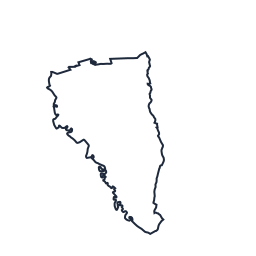 Cajicá, Cundinamarca, Colombia, rotated 136°
{"feature_id": "7082276B54625644795372", "entity_name": "Cajicá", "entity_type": "district", "adm_level": 2, "iso_a3": "COL", "parent_name": "Colombia", "parent_adm1": "Cundinamarca", "projection": "robinson", "projection_center": [-74.022, 4.935], "detail": "fine", "context": "isolated", "style": "outline", "palette": "slate", "viewbox_px": 256, "rotation_deg": 136, "n_neighbors": 0, "source": "geoboundaries", "source_scale": "gbopen_adm2", "svg_char_len": 5905}
<svg xmlns="http://www.w3.org/2000/svg" viewBox="0 0 256 256"><g transform="rotate(136 128 128)"><path d="M189.8,58.2L189.7,54.3L189.5,51.2L189.1,49.1L188.3,46.0L187.9,41.6L187.2,40.2L186.3,39.0L185.7,37.2L185.6,36.4L179.9,34.9L179.5,34.5L177.8,34.3L177.1,34.4L176.4,34.8L173.9,36.5L172.5,37.1L168.6,37.8L166.2,37.6L166.2,39.7L165.3,43.1L165.6,44.2L165.6,45.6L166.1,46.1L166.6,47.5L166.9,47.9L167.4,48.4L168.0,48.5L167.2,49.6L166.5,50.2L165.5,50.6L163.0,51.3L160.8,53.0L161.3,54.5L161.7,56.5L160.9,57.1L159.5,57.8L157.4,59.6L156.1,60.4L153.4,63.8L151.6,65.2L149.1,66.4L147.5,68.3L145.1,69.3L143.6,70.6L142.5,71.8L140.5,72.8L138.7,74.0L133.5,77.2L133.0,77.2L131.5,78.3L130.6,78.4L129.5,77.7L125.6,79.2L124.4,80.0L123.9,80.6L123.0,81.9L122.4,84.3L121.7,85.7L119.9,88.2L118.9,89.1L118.0,89.4L117.2,89.9L116.7,90.0L115.8,90.4L115.5,90.8L114.8,91.3L114.0,94.9L112.1,99.9L112.2,100.6L112.1,101.1L111.8,101.6L110.3,101.8L109.8,102.1L109.1,102.9L108.8,103.4L108.1,105.5L107.2,107.3L107.1,108.4L106.3,107.9L104.5,110.6L104.1,110.9L104.8,112.1L105.3,113.4L104.4,113.7L103.0,114.5L102.1,115.5L101.8,117.7L101.3,119.2L101.4,121.4L100.9,124.1L100.2,125.4L99.3,126.6L99.0,127.7L98.3,129.0L97.5,129.8L96.5,130.4L95.3,130.8L94.3,130.7L93.2,130.9L92.4,131.2L91.6,131.7L91.4,132.2L91.3,133.8L91.1,134.5L90.6,135.1L89.7,135.9L89.0,137.3L88.5,137.7L87.7,137.7L86.0,138.8L85.2,139.1L84.9,139.0L84.1,139.5L83.5,140.9L83.0,141.5L82.9,142.3L82.9,143.1L83.4,144.3L83.5,145.4L83.3,146.0L83.1,146.2L82.4,145.3L81.0,144.6L80.6,145.4L79.3,147.2L78.4,149.4L78.1,151.6L77.3,153.0L76.7,153.3L75.9,153.3L75.0,154.9L74.3,155.2L74.3,155.5L74.0,156.0L73.5,156.1L72.6,155.9L71.2,156.8L70.0,156.9L69.3,157.1L69.0,157.3L68.2,158.9L68.0,159.1L67.1,160.7L66.7,161.0L65.4,161.6L64.7,162.1L64.1,164.0L64.0,165.0L63.4,165.6L62.9,165.5L64.3,166.2L63.3,168.2L62.8,170.4L65.6,171.1L66.5,171.5L68.6,172.1L71.2,172.0L72.8,172.0L76.0,174.8L79.6,178.3L92.8,190.1L94.8,186.0L95.3,186.0L95.9,186.3L97.3,187.6L98.2,188.6L101.5,191.4L103.0,193.0L105.6,194.7L106.3,195.3L107.8,196.2L107.8,196.5L108.3,197.6L108.3,197.8L107.3,197.4L105.8,197.4L105.6,197.5L105.5,197.8L105.7,198.5L106.0,198.7L106.1,199.6L106.3,200.0L106.6,200.1L106.9,200.1L107.5,198.6L108.3,198.4L108.7,198.6L108.5,199.6L109.4,200.1L109.4,200.5L109.1,200.8L107.9,200.0L107.5,200.2L107.6,200.8L108.4,201.7L108.3,202.0L107.7,202.2L106.8,202.1L106.5,202.3L106.4,202.8L106.8,203.1L107.0,204.1L107.5,204.2L108.7,204.8L118.0,209.7L119.2,206.9L122.0,208.4L121.9,208.8L122.7,209.2L123.1,208.7L123.6,208.8L127.9,212.9L128.6,212.9L129.0,209.9L129.4,210.1L140.6,215.7L141.4,216.2L143.4,220.8L144.3,221.7L145.3,220.4L146.4,219.5L147.4,218.9L149.4,218.8L150.8,218.2L151.7,217.4L152.5,216.5L154.4,213.7L154.7,212.6L155.6,212.6L157.4,213.3L158.1,213.3L158.2,212.9L158.3,212.4L157.3,209.2L157.2,207.5L157.3,206.4L158.1,202.4L158.1,200.5L158.2,199.8L158.8,199.3L161.0,198.7L162.7,197.5L164.5,197.0L164.9,196.7L165.1,196.4L165.0,195.8L163.7,193.9L163.7,193.4L164.2,192.7L164.4,192.7L164.7,193.1L166.1,195.4L166.2,195.5L166.5,195.4L167.1,194.0L170.0,189.9L170.6,188.5L170.6,187.2L169.1,186.5L168.9,186.0L169.1,185.8L169.9,185.6L172.0,185.5L173.5,185.2L174.2,185.3L175.4,186.0L176.0,185.9L176.5,185.5L177.2,184.7L179.0,181.3L179.8,178.0L179.8,177.3L179.6,177.1L177.5,176.6L177.1,176.7L176.1,177.5L175.8,177.5L175.5,176.9L175.5,174.4L175.3,173.9L174.7,173.1L173.5,172.1L170.9,171.9L170.5,171.6L170.6,171.0L171.3,170.6L173.0,170.4L173.5,170.2L173.7,169.9L173.6,169.0L172.8,167.9L171.7,166.9L171.3,166.8L169.8,167.1L169.2,167.1L169.0,166.3L169.2,165.8L170.4,164.8L171.2,164.6L172.0,164.8L173.8,166.0L174.8,166.4L175.6,166.3L176.0,165.6L176.0,163.7L175.6,162.5L175.6,161.1L175.1,158.7L174.9,156.3L175.1,153.2L174.8,152.5L174.4,152.2L173.2,151.6L172.4,151.3L168.3,150.5L167.9,150.3L167.8,150.0L167.7,149.3L168.1,143.5L168.3,142.8L168.7,142.3L171.4,141.0L173.1,139.6L174.0,138.9L175.7,137.9L177.5,137.1L178.1,136.5L178.4,135.7L178.4,135.1L177.9,134.7L175.0,132.8L173.8,132.8L172.7,133.2L172.3,133.0L172.2,132.4L172.3,131.8L172.7,131.1L173.2,130.7L174.0,130.6L175.0,131.1L174.9,128.9L175.1,126.2L174.9,125.2L173.9,123.1L173.7,122.0L173.2,121.0L172.8,119.9L172.0,118.2L171.7,117.3L171.7,116.6L172.0,115.8L172.8,114.5L173.0,114.4L173.5,114.4L174.0,114.6L174.3,115.0L175.1,116.1L175.3,116.9L175.3,117.7L174.9,118.9L175.1,119.5L175.5,120.1L176.3,120.0L177.6,118.4L178.1,117.2L178.1,116.4L175.9,114.1L175.4,113.9L173.7,113.5L173.5,113.2L173.5,112.9L173.8,112.1L174.4,111.3L174.9,111.1L176.2,111.0L176.8,111.3L177.3,111.7L178.5,113.7L179.1,114.0L179.7,113.7L180.3,113.0L180.9,112.2L181.3,111.4L181.0,110.3L180.5,110.1L178.5,111.4L177.9,111.5L177.7,111.3L177.7,110.4L178.1,109.6L178.1,108.4L179.3,108.5L180.0,107.6L180.7,107.5L182.0,107.7L182.3,107.3L181.8,105.6L182.3,103.5L182.1,103.2L181.1,103.0L180.9,102.7L181.1,102.1L181.7,101.8L182.2,101.1L182.2,99.8L181.7,98.3L181.8,96.6L181.5,96.1L181.3,96.0L180.0,96.5L179.5,96.5L179.4,96.3L179.2,95.6L179.1,93.7L180.0,93.9L180.4,93.8L180.6,93.4L180.7,92.0L181.1,91.6L181.4,91.5L181.9,91.6L182.9,92.2L183.5,92.2L183.8,91.6L183.9,87.1L184.1,86.5L184.5,86.2L184.9,86.3L185.8,88.0L186.0,88.1L186.4,88.0L187.0,87.4L187.7,87.0L187.9,86.6L187.9,86.2L186.8,85.1L186.7,84.8L186.8,84.4L187.4,84.0L189.4,83.4L190.3,82.8L191.8,81.1L193.1,78.3L193.2,77.2L192.8,76.9L192.5,76.9L190.1,77.9L189.6,78.9L188.3,80.5L187.9,81.3L187.3,81.7L186.7,81.6L185.1,80.5L185.0,80.2L185.2,79.6L185.8,79.0L187.2,78.8L187.5,78.6L187.6,78.4L187.5,77.9L186.5,77.1L186.2,76.7L186.0,76.2L186.1,75.8L186.3,75.6L187.5,75.2L187.7,73.6L187.9,73.3L188.5,73.2L189.5,73.2L189.8,72.7L189.9,71.2L189.7,70.7L189.1,70.4L187.9,70.2L187.4,69.7L187.3,69.2L187.4,68.0L188.1,67.5L190.6,67.1L192.3,65.8L192.8,65.0L192.7,63.1L192.1,61.6L191.4,60.4L189.9,60.1L189.4,60.3L189.2,60.7L189.1,61.1L189.5,62.5L189.0,62.9L188.5,62.8L187.6,61.7L187.5,60.7L187.9,59.7L188.7,58.7L189.8,58.2Z" fill="none" stroke="#1e293b" stroke-width="2"/></g></svg>